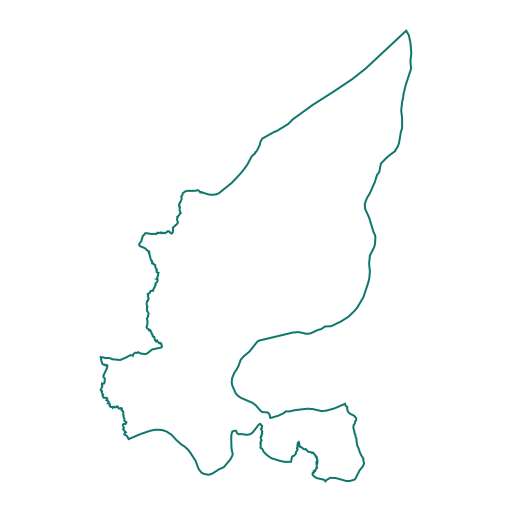 Khong Chiam, Ubon Ratchathani, Thailand (orthographic projection)
{"feature_id": "78962969B36497134874209", "entity_name": "Khong Chiam", "entity_type": "district", "adm_level": 2, "iso_a3": "THA", "parent_name": "Thailand", "parent_adm1": "Ubon Ratchathani", "projection": "orthographic", "projection_center": [105.428, 15.463], "detail": "fine", "context": "isolated", "style": "outline", "palette": "teal", "viewbox_px": 512, "rotation_deg": 0, "n_neighbors": 0, "source": "geoboundaries", "source_scale": "gbopen_adm2", "svg_char_len": 6115}
<svg xmlns="http://www.w3.org/2000/svg" viewBox="0 0 512 512"><path d="M325.4,481.3L326.1,480.3L330.3,477.8L336.0,478.1L346.7,481.1L350.2,480.9L354.3,479.7L355.3,478.8L359.7,470.2L362.9,466.3L364.1,463.4L363.4,460.7L363.3,458.4L361.9,456.5L360.0,452.7L358.3,447.7L357.4,446.0L356.6,441.9L356.4,438.4L355.6,437.0L355.5,435.4L354.4,432.6L354.3,430.8L353.4,428.3L353.5,425.4L355.0,423.1L355.1,421.6L356.1,420.2L356.2,418.1L353.8,415.5L350.4,414.0L348.5,412.3L347.3,410.1L347.2,406.9L345.8,406.0L345.0,403.8L334.5,408.4L326.1,410.7L321.4,411.1L313.0,409.1L307.4,408.7L294.5,410.2L289.8,411.4L285.7,411.4L283.7,413.2L278.3,415.7L271.2,417.8L270.2,417.8L269.6,414.7L268.3,412.9L267.6,412.5L262.2,412.0L260.5,410.8L256.2,405.7L252.8,403.0L240.8,397.8L237.6,395.5L235.8,393.5L232.3,385.6L231.7,382.3L232.1,378.3L234.1,373.2L236.6,369.5L238.5,365.9L240.8,359.6L243.8,356.3L249.5,351.5L257.1,341.9L258.6,340.7L293.1,332.5L298.8,332.1L306.4,333.8L309.2,333.6L311.0,333.2L317.7,330.0L321.2,329.1L325.0,326.5L331.2,326.2L341.1,321.4L348.5,316.7L354.1,311.3L357.4,307.4L363.5,297.0L368.1,283.0L369.3,278.4L369.9,271.4L369.1,263.6L369.9,255.5L373.9,247.7L374.5,246.0L375.0,243.9L375.4,237.3L375.1,235.3L373.5,232.0L369.1,217.6L365.0,208.6L364.8,203.8L366.8,198.4L369.9,193.1L374.7,182.4L377.0,175.0L379.2,172.2L380.9,163.6L385.8,158.5L389.7,155.1L395.3,151.0L395.5,150.0L397.9,146.2L399.0,143.1L400.9,131.8L402.1,128.1L402.1,118.3L401.2,110.3L402.3,100.8L402.9,99.2L403.6,93.6L406.0,84.1L411.1,68.6L410.4,61.4L411.3,53.5L410.5,43.1L408.8,35.2L406.2,30.7L365.8,68.4L352.4,79.0L333.3,91.8L312.4,105.1L292.6,119.5L288.2,124.0L276.8,131.0L273.8,132.1L262.3,138.6L260.5,141.6L259.8,144.8L257.2,150.2L256.2,151.7L255.2,152.3L255.1,153.3L252.3,155.7L251.1,157.4L247.6,164.2L243.9,169.4L240.3,173.8L231.6,183.0L218.7,193.4L216.2,194.3L212.7,194.8L209.2,194.6L202.9,192.7L200.8,192.5L201.0,192.0L200.0,192.0L198.5,190.5L197.4,190.2L195.5,190.8L186.8,190.9L185.3,191.4L182.7,193.3L182.3,195.3L181.2,196.5L181.8,198.6L180.5,202.0L179.6,202.9L179.5,204.4L179.0,204.8L179.3,206.9L179.9,207.1L179.5,209.9L180.7,213.1L180.0,213.5L178.6,215.9L177.3,216.7L177.6,217.6L177.0,218.7L177.1,219.8L177.9,222.6L177.4,223.6L172.9,227.7L173.2,228.6L172.7,232.5L171.7,233.6L169.7,232.3L169.4,231.5L168.5,231.3L167.4,231.3L166.9,232.1L164.5,233.3L163.3,232.7L161.6,233.2L161.5,232.7L160.8,232.4L160.1,232.9L158.3,232.8L158.0,233.2L157.2,232.8L156.4,233.9L155.5,234.1L154.2,233.8L151.3,234.0L146.8,233.2L145.0,233.4L144.4,234.5L142.8,236.0L141.2,241.5L139.9,242.9L139.1,244.4L139.2,245.2L140.0,246.1L145.1,248.3L147.7,250.8L149.1,251.4L148.8,253.0L149.5,253.3L149.4,254.2L151.0,260.3L152.0,261.0L152.0,262.7L152.6,262.8L152.5,263.6L153.6,263.8L154.2,264.6L155.2,265.0L155.4,267.5L156.8,269.5L156.4,270.6L156.8,271.1L156.7,272.1L158.5,272.9L158.0,273.9L158.2,275.3L157.3,277.0L157.3,279.0L156.9,279.1L157.6,279.4L157.6,280.6L156.8,282.3L155.5,283.4L155.6,285.4L154.9,286.0L154.8,286.9L153.1,289.8L153.2,290.7L150.7,291.0L149.5,293.2L147.7,294.0L148.2,295.4L147.8,296.2L148.6,297.8L148.3,298.4L148.5,299.0L148.0,299.8L148.1,300.6L147.1,301.2L146.6,303.3L147.0,306.5L147.4,306.8L146.9,308.9L147.1,311.0L148.2,312.5L148.5,313.4L148.3,315.3L147.8,316.0L148.1,316.7L146.9,318.6L147.6,322.0L147.2,325.2L146.5,327.1L147.2,328.3L148.9,329.5L149.0,330.2L149.9,329.9L150.5,330.4L150.3,331.2L151.3,332.1L151.8,333.9L152.7,334.8L152.5,335.9L153.4,336.8L154.3,337.0L155.0,340.3L155.9,341.0L156.7,340.6L156.5,341.6L157.7,341.5L159.1,343.2L160.1,342.9L160.4,343.6L161.1,343.5L162.0,346.5L161.3,347.5L152.1,349.5L147.4,353.3L145.4,354.1L140.5,353.5L138.2,352.2L137.1,352.9L135.2,352.7L133.5,354.0L132.8,355.8L132.1,355.3L130.2,355.2L125.9,357.6L120.2,360.0L113.0,359.3L108.7,357.9L105.5,358.1L103.2,357.4L100.8,357.1L101.5,361.5L102.6,364.2L104.2,364.9L104.5,364.6L105.9,365.6L106.8,365.0L107.4,365.8L107.0,368.1L103.5,375.4L103.4,376.9L104.8,378.5L104.6,382.6L103.8,383.7L102.1,383.4L101.8,385.2L102.4,386.2L100.7,389.9L101.2,390.7L102.1,391.2L101.8,392.3L102.0,393.1L103.1,394.5L102.4,395.6L103.7,397.8L106.3,397.8L107.4,398.5L107.4,398.8L107.9,398.7L107.3,398.9L107.2,399.8L107.6,400.4L106.9,400.5L108.7,401.9L108.9,402.6L108.2,403.3L109.0,403.4L109.4,404.2L110.0,404.4L109.4,406.4L109.9,405.9L110.6,406.9L112.3,407.0L112.7,407.8L114.1,406.7L115.1,407.4L116.3,407.2L116.9,406.3L117.7,406.6L118.9,408.6L121.3,408.0L121.8,408.4L122.0,409.1L121.5,410.1L122.8,411.2L123.4,412.2L123.1,414.5L123.7,415.5L123.5,416.7L124.3,418.6L124.4,420.7L126.4,422.3L125.6,424.0L124.2,423.8L123.0,424.5L122.9,425.5L123.9,427.8L123.1,429.4L125.8,432.3L124.8,432.9L124.3,434.4L126.9,435.9L128.7,439.1L140.6,434.0L149.5,431.0L153.6,430.0L156.6,429.7L162.0,430.0L166.5,431.5L171.6,434.8L176.6,440.3L181.6,444.7L184.8,446.7L187.7,449.4L190.0,452.2L195.5,460.7L198.5,468.7L200.7,471.8L202.1,473.0L204.0,473.9L208.5,474.8L212.3,473.6L219.0,469.3L223.8,467.2L230.5,459.2L232.2,455.9L232.7,454.1L231.5,448.6L231.2,438.0L231.4,434.5L232.4,431.5L234.3,430.8L236.0,430.8L237.2,433.4L238.7,434.2L242.1,434.1L246.3,434.8L249.7,434.4L252.4,432.8L258.5,425.0L259.6,424.0L260.2,423.9L262.1,426.0L261.6,427.5L261.9,428.2L261.0,429.1L262.3,431.6L261.9,432.3L262.3,433.8L261.5,434.6L261.6,436.0L260.9,436.4L260.6,437.5L261.6,440.5L260.7,441.3L260.9,442.2L260.3,443.5L260.9,444.9L260.4,447.3L260.9,448.2L262.1,448.6L263.7,451.8L266.8,455.0L271.2,458.1L279.6,460.8L284.7,461.9L291.0,461.8L292.0,456.8L292.7,456.1L294.0,455.8L295.9,453.6L295.9,452.3L297.5,449.9L297.6,449.2L296.9,448.6L297.5,446.6L297.5,444.4L297.9,442.7L298.8,442.0L299.2,443.0L298.8,443.7L299.5,444.7L299.5,446.6L301.0,446.9L303.0,448.6L304.6,449.4L305.8,449.1L308.2,451.8L310.6,452.0L312.0,453.0L312.7,452.6L313.4,452.7L314.2,454.3L315.7,455.5L315.8,456.9L316.7,457.0L316.8,458.3L317.3,459.0L317.0,459.9L317.6,460.6L317.4,461.6L316.8,461.5L316.2,462.4L316.5,463.0L317.2,462.7L317.4,463.4L316.5,464.9L317.1,467.9L316.3,468.1L316.1,469.2L315.1,470.1L315.2,470.9L314.5,470.9L314.3,471.4L313.8,471.3L313.9,472.6L312.8,472.8L312.5,473.7L312.8,475.2L315.3,477.3L317.1,478.2L324.0,479.7L325.4,481.3Z" fill="none" stroke="#0f766e" stroke-width="2"/></svg>